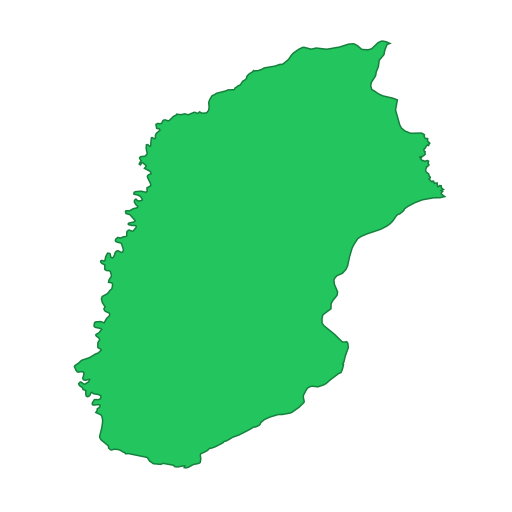 the district of Lakhonepheng, Saravan, Laos, rotated 262°
{"feature_id": "54806243B33951699195054", "entity_name": "Lakhonepheng", "entity_type": "district", "adm_level": 2, "iso_a3": "LAO", "parent_name": "Laos", "parent_adm1": "Saravan", "projection": "equal_earth", "projection_center": [105.622, 15.821], "detail": "fine", "context": "isolated", "style": "filled", "palette": "green", "viewbox_px": 512, "rotation_deg": 262, "n_neighbors": 0, "source": "geoboundaries", "source_scale": "gbopen_adm2", "svg_char_len": 6011}
<svg xmlns="http://www.w3.org/2000/svg" viewBox="0 0 512 512"><g transform="rotate(262 256 256)"><path d="M447.9,418.2L449.9,415.0L451.0,412.1L451.3,410.0L450.3,406.6L445.1,399.4L444.6,395.7L445.8,389.6L450.4,385.5L452.3,382.8L452.7,381.2L452.9,377.0L451.3,367.8L450.9,354.9L453.6,344.4L453.1,339.6L455.9,332.8L456.1,331.2L454.8,327.2L451.9,321.5L450.5,319.6L446.0,315.4L442.7,310.0L442.0,307.9L442.5,306.7L441.4,301.0L441.1,290.3L440.0,287.7L439.2,283.5L439.5,281.7L439.3,280.5L440.0,279.4L438.6,277.8L437.4,274.8L436.0,272.9L434.9,271.7L433.2,271.4L431.8,269.4L431.0,267.3L427.5,264.1L427.0,261.8L425.9,260.4L425.5,258.9L423.7,257.5L424.4,251.5L423.7,249.1L422.6,239.3L421.5,237.4L420.8,234.7L417.4,232.0L414.6,230.5L410.0,230.3L406.9,229.4L404.6,227.0L404.9,222.4L406.6,220.2L405.2,218.1L406.7,215.7L406.9,214.6L405.3,208.5L406.7,205.3L406.4,201.2L407.5,197.1L406.8,196.9L405.7,193.6L402.2,188.9L402.1,187.7L403.3,185.4L403.5,183.6L402.9,182.7L400.6,181.0L400.3,179.7L400.9,177.1L400.3,175.2L396.2,175.4L395.3,177.9L393.9,178.5L391.3,174.3L389.3,173.1L386.9,172.9L386.5,172.4L386.3,171.7L387.8,169.5L387.5,168.8L379.5,166.9L379.5,165.8L381.4,164.3L381.3,162.9L377.8,162.2L372.8,162.5L372.1,162.2L370.2,160.0L370.5,156.0L369.7,154.5L368.7,154.4L366.4,155.5L364.1,153.5L362.9,153.2L362.3,154.4L364.2,155.7L364.3,156.6L360.9,159.7L360.1,159.7L358.3,157.7L354.7,162.8L353.5,163.4L352.1,163.5L351.3,160.7L350.1,159.5L348.7,159.6L342.1,161.7L340.3,161.6L338.7,157.5L335.4,157.2L334.4,156.0L336.2,151.2L336.5,145.7L336.0,144.1L334.2,143.7L333.0,147.0L331.1,149.9L327.4,151.4L326.8,149.9L326.8,147.5L327.5,146.1L328.9,145.3L329.0,144.4L327.6,143.2L326.1,143.1L323.4,144.3L321.8,145.7L320.8,145.7L320.2,144.4L320.0,141.2L318.4,137.1L318.8,134.3L318.8,133.5L318.2,132.9L316.1,133.2L314.5,136.9L307.8,141.3L306.8,140.3L306.3,134.7L305.8,134.0L304.9,134.0L303.6,137.0L302.9,140.8L302.3,141.5L301.3,141.5L297.8,137.8L297.9,136.7L299.4,133.9L298.6,132.1L297.7,131.4L294.0,130.8L293.4,130.1L293.5,127.3L292.6,124.7L293.6,121.6L292.3,119.6L291.2,118.9L289.9,119.1L288.8,120.9L287.8,123.6L287.0,124.5L281.4,125.5L280.0,125.4L278.5,124.5L278.3,123.0L280.5,120.0L280.3,118.6L278.9,116.9L277.2,116.4L274.5,114.4L274.1,113.4L275.2,112.0L278.4,111.9L278.9,111.5L279.5,109.4L276.5,107.2L272.3,105.6L272.3,104.4L273.1,102.7L272.9,101.8L272.2,101.3L271.2,101.5L269.9,102.6L268.2,105.0L263.7,104.4L262.4,105.9L261.8,108.7L261.0,109.6L257.2,110.1L255.8,109.8L252.8,107.1L250.4,106.3L249.6,109.3L248.6,109.9L247.1,109.9L243.6,108.7L242.1,106.4L239.4,103.7L237.3,98.1L235.1,96.9L231.1,97.4L226.5,99.5L225.1,98.1L223.3,98.3L222.2,99.1L219.9,102.7L218.8,103.0L217.4,102.7L214.8,99.2L211.0,96.4L212.7,93.0L213.1,88.3L212.5,86.9L210.1,86.0L208.9,85.9L207.7,86.9L206.0,91.7L204.9,93.0L201.9,89.9L200.6,86.8L200.1,86.3L198.9,86.7L197.0,88.7L195.5,89.5L194.4,89.2L192.3,87.4L187.7,86.6L187.0,87.0L185.5,89.1L184.4,89.7L181.8,86.0L181.5,83.9L178.5,76.9L177.0,68.8L174.5,65.2L172.8,61.6L171.8,60.8L168.3,61.7L166.1,62.9L165.7,64.0L165.8,66.8L165.0,69.2L162.8,69.1L159.1,67.4L157.9,67.6L157.1,68.4L156.6,69.8L157.2,73.8L156.9,74.2L154.7,72.7L153.0,68.9L153.0,67.9L155.7,65.0L155.5,64.1L154.2,62.6L152.3,63.1L149.7,65.9L147.9,66.1L146.4,68.7L142.5,68.2L140.7,68.5L140.1,69.6L140.4,71.1L141.4,72.3L143.7,73.7L143.9,74.3L142.2,76.0L140.6,81.0L139.2,82.9L137.2,82.6L135.9,81.5L135.7,80.1L136.3,76.0L133.0,73.3L131.7,73.3L131.0,74.1L130.8,78.5L130.4,80.2L129.9,80.8L128.2,80.3L126.7,77.5L125.3,77.3L123.3,75.6L120.5,80.0L118.9,81.0L115.9,81.3L113.1,81.0L107.4,79.4L99.3,76.1L97.6,76.1L95.5,77.0L88.6,83.3L86.3,83.4L84.4,84.9L84.0,85.8L84.4,88.7L83.7,92.0L82.7,94.3L80.3,97.2L79.7,98.5L78.3,99.3L78.1,102.2L72.0,119.3L71.4,120.4L67.7,122.1L64.6,125.5L62.9,132.7L63.6,135.1L60.3,145.1L58.8,146.1L58.3,147.7L58.0,149.4L58.3,155.5L58.1,156.3L56.5,155.4L55.9,157.0L56.1,159.3L58.2,164.8L58.6,170.5L59.3,172.0L60.4,172.4L63.0,173.1L66.5,173.1L68.0,173.9L68.8,177.2L70.2,180.9L72.0,183.3L71.9,185.2L72.8,189.3L75.7,197.4L76.7,198.5L77.1,201.3L79.8,207.8L81.2,214.4L85.0,225.4L87.0,230.0L86.7,231.3L87.3,233.8L88.2,236.0L89.2,237.0L90.2,237.3L92.7,241.3L93.5,243.5L94.7,248.0L95.9,255.8L95.4,259.9L95.7,268.0L96.2,269.8L100.1,277.4L104.1,282.9L105.0,283.5L109.3,283.2L111.5,283.6L117.0,287.6L118.3,289.1L119.2,291.7L119.2,293.8L117.8,299.1L119.0,305.2L119.9,307.6L123.2,312.6L128.1,321.4L128.7,323.9L131.6,325.7L136.4,327.6L137.2,326.8L138.6,328.2L144.3,330.4L152.5,334.7L156.7,334.8L158.5,333.9L158.5,330.9L159.1,329.3L167.2,323.1L177.6,313.5L180.3,312.1L185.0,312.7L188.5,314.1L193.3,322.9L198.2,323.7L200.8,325.5L205.8,330.8L209.2,331.8L217.0,329.7L221.5,329.8L223.1,330.9L225.2,333.3L226.9,339.3L230.3,343.3L233.6,345.4L242.4,348.6L250.5,352.3L254.4,355.1L259.1,359.3L260.7,362.7L262.4,368.8L265.1,383.2L267.3,389.5L269.3,393.3L271.5,396.2L276.2,400.5L277.5,402.4L277.7,404.2L280.1,408.2L280.6,408.8L281.4,408.9L282.3,410.1L284.1,413.6L286.7,420.8L288.5,428.6L288.9,440.3L288.1,446.3L288.6,451.2L291.7,448.0L293.1,448.5L293.8,449.8L295.2,448.4L295.7,450.9L297.7,449.1L299.8,449.2L300.2,447.6L299.3,446.7L299.5,445.5L303.2,445.5L303.1,442.7L305.4,442.3L305.6,441.4L305.1,441.1L305.1,440.4L308.3,437.9L309.1,439.4L309.9,439.5L311.1,438.6L313.1,438.5L315.6,436.2L317.3,435.9L319.0,436.5L320.1,437.4L320.6,437.3L321.0,438.6L322.1,440.0L323.8,439.3L325.9,440.1L326.7,439.2L326.3,436.0L327.2,435.2L327.4,433.8L329.3,432.6L330.1,433.4L330.9,432.0L331.4,432.3L331.4,434.6L332.6,437.0L333.4,437.8L334.7,437.5L335.6,438.1L337.0,436.9L338.7,437.5L339.4,438.9L340.7,439.5L341.9,441.0L341.4,442.3L342.0,442.6L342.5,442.1L343.3,443.7L344.1,443.6L345.6,441.8L348.1,442.4L348.6,441.9L348.7,440.3L349.2,439.8L351.5,439.1L352.6,439.7L354.4,437.6L354.8,436.5L356.0,426.2L359.1,420.9L362.4,417.8L365.8,416.6L381.1,414.5L390.9,417.7L393.2,413.6L396.9,404.0L399.6,399.7L402.7,396.5L404.7,393.8L408.5,393.3L411.7,394.3L417.8,399.5L421.6,400.7L426.4,403.5L432.7,405.3L437.7,410.8L441.9,412.2L447.2,415.2L447.9,418.2Z" fill="#22c55e" stroke="#15803d" stroke-width="1.5"/></g></svg>